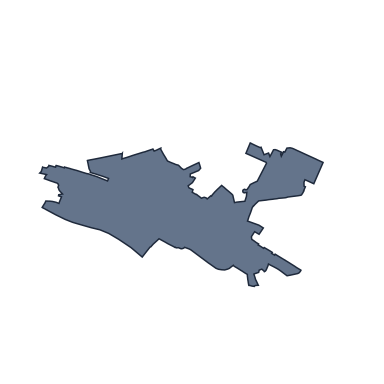 outline of Līvāni, Livanu, Latvia, rotated 307°
{"feature_id": "27541924B22543300679500", "entity_name": "Līvāni", "entity_type": "district", "adm_level": 2, "iso_a3": "LVA", "parent_name": "Latvia", "parent_adm1": "Livanu", "projection": "orthographic", "projection_center": [26.183, 56.355], "detail": "fine", "context": "isolated", "style": "filled", "palette": "slate", "viewbox_px": 384, "rotation_deg": 307, "n_neighbors": 0, "source": "geoboundaries", "source_scale": "gbopen_adm2", "svg_char_len": 5723}
<svg xmlns="http://www.w3.org/2000/svg" viewBox="0 0 384 384"><g transform="rotate(307 192 192)"><path d="M202.8,134.9L202.0,134.5L201.7,134.2L200.7,133.5L200.4,133.3L196.7,130.8L196.0,130.4L194.2,128.9L192.4,127.6L190.0,125.9L189.5,125.5L185.3,122.5L182.9,120.9L179.9,118.8L179.4,118.4L177.5,117.0L177.0,116.7L176.5,116.3L176.2,116.1L180.9,113.1L180.7,113.1L180.1,112.5L180.0,112.4L172.3,105.6L164.8,99.0L159.0,93.8L156.6,91.6L154.8,90.0L154.5,89.7L154.2,89.5L152.3,91.7L150.3,93.9L149.3,95.1L148.7,95.7L148.0,97.1L147.3,98.6L146.4,99.0L147.3,101.4L148.2,103.7L149.6,107.8L151.0,111.8L151.8,114.5L152.6,117.2L151.9,117.4L150.0,117.9L148.8,113.6L147.0,106.8L146.9,106.5L145.6,102.7L145.1,101.4L144.1,98.2L143.9,97.9L143.3,96.7L142.9,95.6L142.5,94.5L141.9,92.9L140.6,89.1L139.9,87.1L139.5,86.1L138.9,84.7L138.4,83.4L137.6,81.4L137.5,81.0L136.6,78.7L136.1,77.6L135.8,76.6L135.3,75.6L135.2,75.2L134.5,75.5L132.6,70.4L131.4,67.5L131.2,67.5L130.0,68.0L129.9,68.0L129.7,68.1L129.6,67.9L128.4,64.8L127.1,61.7L126.2,62.1L123.6,61.4L121.9,57.8L121.9,57.7L120.1,58.4L117.6,59.3L115.5,59.0L118.4,65.4L116.5,65.4L113.8,66.0L114.4,68.0L115.0,69.9L115.8,72.6L116.7,75.2L117.3,77.2L117.6,77.9L117.8,78.5L117.9,78.8L117.9,79.3L117.9,79.9L117.9,80.1L117.7,80.4L117.5,80.6L117.3,81.1L117.2,81.4L116.9,81.5L115.1,82.1L114.9,82.7L114.4,83.4L113.5,84.8L113.1,86.3L112.7,88.8L112.5,89.8L109.6,87.2L108.6,87.7L109.6,90.7L104.3,92.1L102.8,92.6L102.0,89.7L100.5,86.3L99.2,84.1L97.3,81.4L96.9,80.7L95.8,80.9L95.1,81.1L89.5,81.6L89.5,81.9L91.8,96.9L93.8,107.2L95.9,114.8L97.5,119.1L102.8,132.9L106.4,141.2L108.8,150.4L110.1,162.0L110.9,176.8L110.1,191.4L116.4,191.5L120.6,191.6L122.6,191.6L123.4,192.1L127.1,192.4L132.4,193.4L134.8,193.8L135.8,200.5L136.2,203.9L137.3,210.0L137.5,211.9L137.9,212.0L138.0,213.0L138.1,213.3L139.4,214.7L139.5,215.2L140.1,217.5L141.1,218.5L142.5,219.3L143.4,219.4L144.9,224.4L145.1,226.1L145.2,247.9L145.3,250.0L145.5,257.0L145.7,257.8L146.2,259.6L147.7,262.4L149.4,265.0L151.9,266.9L153.5,267.8L155.9,268.4L158.3,269.1L158.2,269.3L158.1,269.6L158.1,270.1L158.1,270.6L158.3,272.4L158.5,274.0L158.7,276.5L158.8,277.5L158.8,278.2L159.0,279.7L159.2,283.2L159.5,285.8L158.3,286.7L157.2,287.8L155.7,289.2L154.7,290.3L153.2,291.8L152.1,293.0L151.6,293.6L152.1,294.3L152.5,295.3L153.0,296.6L154.0,298.4L154.2,298.2L155.8,299.2L157.4,301.1L159.8,296.6L160.1,295.9L160.6,295.1L161.4,294.1L163.7,290.8L164.1,291.0L167.9,293.6L170.1,292.7L172.4,294.2L172.2,297.0L171.9,297.7L173.0,298.2L173.6,298.2L174.2,298.2L174.9,298.0L175.7,297.9L176.3,297.7L177.4,297.4L178.4,297.2L178.9,297.0L179.0,297.0L180.5,296.4L180.8,298.6L181.4,301.9L182.0,305.8L182.2,307.7L182.3,310.2L182.3,317.8L182.3,318.3L184.8,320.6L190.5,325.5L191.3,325.9L192.0,326.2L193.8,326.3L194.6,326.2L195.1,326.1L195.1,325.7L194.6,321.0L194.5,318.5L193.8,310.3L192.7,299.2L192.4,295.8L191.3,296.0L190.9,292.6L192.1,292.5L191.9,289.9L191.1,283.1L190.1,283.1L189.8,278.7L189.5,276.7L190.6,276.5L190.4,274.6L190.3,273.6L190.3,270.8L190.2,268.5L190.1,268.3L192.0,266.4L192.5,266.3L198.0,265.9L198.6,271.0L201.1,270.9L206.2,270.6L205.8,265.4L202.2,253.8L204.7,253.0L206.6,252.3L210.0,251.4L212.9,250.5L215.8,249.5L217.7,249.4L217.7,249.6L220.1,249.8L221.4,250.0L225.0,250.6L226.7,252.4L228.4,254.2L230.2,256.1L232.1,257.9L233.3,259.2L234.5,260.5L236.2,262.2L237.8,263.9L239.3,265.2L241.4,267.6L243.5,269.9L244.5,270.8L245.5,271.4L249.1,275.1L252.7,278.8L254.8,280.8L255.5,281.2L257.4,281.1L260.3,280.7L260.3,280.4L264.4,279.4L264.1,278.0L267.1,275.6L269.8,274.8L271.9,284.3L294.2,279.0L294.5,278.9L293.0,272.1L293.0,271.8L290.3,259.6L289.8,257.3L288.8,252.6L288.6,251.8L288.4,251.2L288.4,250.8L288.0,249.0L287.6,247.1L287.3,246.0L287.0,245.2L286.4,243.9L286.3,243.7L286.2,243.6L284.2,241.4L279.7,242.1L279.3,240.9L276.1,241.5L274.3,241.8L275.7,239.9L275.9,239.9L277.7,239.6L277.5,238.9L277.4,238.3L277.2,237.7L277.1,237.3L277.0,236.6L276.9,236.3L276.7,235.5L276.6,234.8L275.9,232.9L274.8,231.7L271.3,232.3L267.2,232.9L269.2,229.7L267.2,228.4L265.1,227.1L266.6,224.7L267.2,223.7L269.1,220.5L269.3,220.2L268.5,219.7L267.9,217.3L267.4,215.0L266.8,212.0L266.2,209.0L260.7,210.4L255.3,211.8L256.0,214.7L256.7,217.7L258.5,225.5L260.3,233.3L259.8,234.2L249.9,235.9L239.9,237.6L236.8,235.9L233.0,234.0L231.1,234.3L227.0,234.5L226.1,233.5L225.9,232.4L225.0,231.8L224.3,231.6L223.4,231.9L222.7,232.6L222.5,233.4L222.8,234.3L224.7,236.0L223.8,236.5L221.3,238.1L216.4,239.8L214.4,237.6L212.3,235.4L210.9,233.9L210.1,233.2L209.1,232.3L214.0,226.5L214.3,225.2L214.4,223.7L214.6,220.5L214.7,218.3L214.8,216.9L215.0,215.0L215.0,213.7L215.0,213.2L215.1,211.7L213.3,211.4L212.4,211.2L211.4,211.1L210.5,210.9L209.3,210.7L207.9,210.5L207.1,210.4L205.9,210.2L201.7,209.9L200.9,210.0L200.6,210.1L200.4,210.0L200.2,209.9L200.2,209.7L200.2,209.3L199.8,209.2L198.3,208.9L197.8,208.8L195.6,208.3L195.6,208.2L195.6,207.9L195.8,207.1L195.8,206.8L195.7,206.5L195.3,205.3L195.1,204.9L194.8,204.7L194.6,204.5L193.4,203.7L192.7,203.3L192.7,203.1L192.8,200.2L192.7,199.6L192.8,198.2L192.8,196.9L192.5,196.7L191.9,192.4L194.5,191.3L193.5,187.1L194.6,185.2L199.7,186.7L202.4,186.5L205.1,186.3L204.7,183.6L203.9,183.7L203.6,182.4L203.1,181.3L205.4,179.8L206.7,180.6L209.0,182.0L211.1,183.2L213.1,184.4L216.2,184.6L218.0,182.2L219.7,179.8L213.9,176.7L208.1,173.7L207.7,173.4L207.4,173.4L207.1,173.3L206.1,172.9L204.7,171.6L204.6,169.2L205.2,165.4L205.2,164.9L204.4,163.0L204.0,161.8L203.8,160.7L203.4,159.4L202.7,156.8L202.4,155.5L202.3,154.9L202.1,154.1L202.0,153.8L202.6,152.3L202.9,151.7L203.4,150.5L204.0,149.0L205.0,146.4L206.4,143.3L206.9,142.2L207.3,141.3L208.3,140.7L207.8,140.4L203.2,138.0L203.0,137.8L201.9,137.1L202.6,135.4L202.8,134.9Z" fill="#64748b" stroke="#1e293b" stroke-width="1.5"/></g></svg>